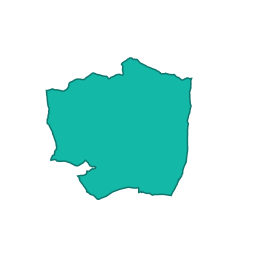 outline of Sirineasa, Vâlcea, Romania, rotated 142°
{"feature_id": "2599482B90279875081363", "entity_name": "Sirineasa", "entity_type": "district", "adm_level": 2, "iso_a3": "ROU", "parent_name": "Romania", "parent_adm1": "Vâlcea", "projection": "mercator", "projection_center": [24.167, 44.933], "detail": "fine", "context": "isolated", "style": "filled", "palette": "teal", "viewbox_px": 256, "rotation_deg": 142, "n_neighbors": 0, "source": "geoboundaries", "source_scale": "gbopen_adm2", "svg_char_len": 5786}
<svg xmlns="http://www.w3.org/2000/svg" viewBox="0 0 256 256"><g transform="rotate(142 128 128)"><path d="M121.7,192.8L122.4,193.1L127.2,193.1L129.4,193.4L130.6,193.4L131.5,193.2L132.2,193.1L132.8,193.2L133.3,193.7L133.6,193.8L134.3,194.5L135.0,195.0L135.8,196.1L136.8,196.8L137.4,197.5L137.7,197.7L138.8,198.2L139.7,198.4L140.5,198.7L141.4,198.8L143.1,198.9L144.4,199.3L144.9,199.5L145.2,199.6L145.8,199.6L146.3,199.5L147.4,199.1L149.1,197.4L150.4,196.7L151.5,196.4L152.0,196.3L153.6,196.2L154.0,196.2L154.6,196.5L155.7,196.6L157.3,197.8L158.2,199.2L159.5,200.6L160.1,201.5L160.9,202.0L161.5,202.5L162.9,204.1L163.3,205.2L163.4,205.3L164.2,205.5L164.9,205.8L166.1,206.1L166.4,206.3L166.9,206.5L168.0,206.9L168.7,207.3L169.2,207.8L170.2,206.2L171.5,204.3L172.8,201.9L175.1,198.6L175.5,197.8L176.1,196.8L177.3,194.7L177.8,193.4L178.4,191.4L178.8,191.0L179.7,190.6L180.8,189.2L181.2,188.3L181.4,188.0L181.7,187.8L182.1,187.9L182.5,187.7L182.7,187.4L183.6,186.6L184.0,186.0L184.7,185.5L184.9,185.0L186.2,184.6L186.4,184.5L186.6,184.2L187.3,183.2L188.3,182.1L188.6,181.6L188.8,181.0L188.8,180.8L188.7,180.6L188.3,179.8L188.3,178.8L188.4,178.5L188.7,178.0L188.9,177.3L188.9,176.2L189.2,175.5L189.3,175.2L189.3,174.4L189.6,173.5L189.6,172.8L189.7,172.3L189.7,171.9L190.2,171.1L190.2,170.5L190.8,170.0L191.0,169.6L191.1,169.1L191.1,168.5L191.2,168.3L193.9,160.6L194.2,160.0L194.4,159.7L194.8,159.0L195.1,158.8L195.0,158.4L195.0,158.2L195.4,157.9L195.9,157.1L196.1,156.7L196.9,155.9L197.5,155.5L197.7,155.1L197.9,155.1L198.1,155.2L198.4,155.1L199.4,155.0L200.0,154.7L200.3,154.5L200.7,153.9L201.4,153.5L201.8,152.8L202.1,152.7L202.3,152.3L202.7,152.1L203.0,152.1L203.4,152.5L204.4,152.7L207.6,151.1L208.2,150.6L208.6,150.0L205.3,148.4L204.4,147.3L204.4,145.9L203.2,144.5L201.6,143.2L199.0,141.5L197.5,140.1L196.5,138.3L195.2,136.6L194.2,134.4L192.7,131.0L191.2,129.3L189.3,128.8L184.7,128.2L181.4,128.8L180.8,125.3L181.2,122.0L180.6,120.4L180.0,119.5L179.4,119.0L178.5,118.5L178.0,118.4L177.9,117.8L177.7,116.9L178.2,116.9L178.8,116.4L179.0,116.4L180.3,116.9L180.9,117.3L181.0,117.4L181.0,117.7L181.4,117.8L181.8,117.9L182.7,117.9L182.9,118.0L184.8,117.8L185.2,117.8L186.0,118.3L186.8,119.3L187.2,119.1L187.3,119.0L186.9,118.8L186.9,118.6L187.1,118.5L188.3,117.9L188.5,117.9L189.3,117.4L191.6,117.8L192.9,118.5L194.4,119.6L197.2,121.1L197.2,120.5L197.1,120.1L197.0,119.5L197.1,118.0L197.3,117.8L197.7,117.9L197.9,117.4L198.1,116.8L198.4,115.4L198.5,110.4L198.6,109.1L198.6,107.4L198.8,105.4L198.7,104.8L199.2,103.9L199.7,103.5L199.7,103.3L199.7,103.1L199.3,102.7L199.6,102.6L199.0,101.4L198.8,100.5L198.5,99.9L198.5,99.6L198.7,99.1L198.1,98.5L197.6,97.5L197.2,97.1L196.9,96.9L196.7,96.7L196.3,94.9L196.4,94.1L196.2,93.7L196.1,91.9L195.9,90.9L195.7,90.4L195.1,90.0L194.2,89.6L192.6,89.3L187.0,87.6L180.1,87.2L178.8,86.9L172.1,84.8L164.9,81.5L163.6,80.7L162.4,79.2L160.4,77.2L158.6,75.7L157.4,75.1L156.6,74.4L156.7,74.0L158.3,71.8L158.9,71.1L159.1,70.9L159.2,70.4L156.7,69.8L156.9,68.8L155.5,68.3L155.1,67.3L153.9,65.4L151.5,63.3L150.9,62.9L150.7,62.0L150.7,61.4L150.4,61.1L150.3,60.6L150.2,60.3L150.1,60.1L149.4,59.7L148.7,59.7L146.2,57.8L141.9,54.7L140.1,53.1L135.5,48.2L133.0,49.7L130.1,50.7L127.4,51.9L126.6,52.4L123.9,53.5L122.5,54.5L121.9,54.6L121.5,55.1L120.5,55.4L120.3,55.6L120.3,56.0L120.2,56.1L119.7,55.8L119.4,55.8L119.2,55.9L119.3,56.2L118.6,56.1L118.3,56.2L117.7,56.3L116.8,56.9L116.5,56.9L116.1,56.8L115.5,57.1L114.6,58.0L114.1,58.2L113.5,58.3L113.0,58.6L111.0,60.8L107.5,63.2L105.4,64.2L104.2,64.9L103.5,65.1L103.4,65.3L103.1,65.5L103.0,65.8L102.7,65.9L102.3,66.2L99.7,69.0L98.4,70.2L97.6,71.1L95.6,72.9L94.3,74.3L93.4,75.7L93.2,75.7L91.2,78.6L87.3,83.6L84.4,87.0L83.1,88.9L80.1,92.2L77.9,94.2L77.7,94.6L77.6,95.0L77.5,96.1L77.2,96.7L76.5,97.3L76.1,97.8L75.5,98.2L74.8,98.7L73.8,99.5L73.0,100.2L72.1,100.9L71.6,101.3L70.5,101.7L70.2,101.9L68.1,104.0L67.8,104.3L66.7,105.0L65.8,105.9L64.9,106.4L64.7,106.7L64.5,107.0L64.4,107.5L64.3,107.9L63.9,108.8L61.9,112.0L61.5,112.7L60.2,114.2L60.2,114.7L60.0,115.1L59.5,115.3L58.6,116.3L58.2,117.5L57.9,117.9L56.8,118.8L56.2,119.1L55.8,119.5L54.2,120.6L53.6,121.2L53.4,121.6L53.0,122.0L52.6,122.5L52.5,122.8L52.1,123.1L51.9,123.4L51.6,123.6L51.0,124.4L50.8,124.8L50.5,125.0L50.2,125.5L50.0,125.9L49.8,126.3L49.2,126.8L48.9,126.9L47.4,127.9L49.1,129.0L49.5,129.5L49.8,130.3L50.4,130.6L50.7,131.1L50.8,131.2L51.8,131.2L52.6,131.6L53.5,131.7L55.3,132.1L55.8,132.5L56.3,133.0L56.4,133.3L56.6,134.7L56.9,135.8L57.0,136.6L58.0,137.8L58.4,138.6L58.4,139.7L58.5,140.8L58.6,141.3L58.9,141.9L59.2,142.1L60.2,142.6L60.7,142.9L61.3,143.8L61.7,144.0L62.4,144.6L62.7,145.0L63.5,146.3L64.7,147.8L64.8,148.0L65.3,148.1L65.7,148.3L68.0,149.8L68.5,150.3L68.7,150.6L68.8,151.1L68.5,151.5L68.8,152.1L69.2,153.9L69.5,154.4L70.1,155.3L70.1,155.9L70.2,156.2L71.2,158.1L72.2,159.5L73.4,161.9L75.0,164.1L75.3,165.1L75.8,166.6L76.7,168.2L77.1,169.3L77.9,170.8L78.3,171.7L78.6,173.6L78.5,174.8L78.6,175.5L78.6,176.2L78.6,176.3L79.4,177.0L79.9,177.2L80.5,178.2L81.0,178.5L81.6,178.7L81.8,179.2L81.7,180.1L81.8,180.3L82.3,180.8L82.6,181.5L83.1,181.7L83.5,182.1L83.9,182.1L84.6,182.0L85.1,182.1L86.0,182.5L86.6,182.3L87.7,182.2L90.1,182.6L91.0,182.6L92.0,182.7L93.2,182.6L93.8,182.2L94.0,182.0L93.9,181.1L93.9,180.6L94.1,180.0L94.4,179.3L95.3,178.4L96.2,177.7L96.4,177.2L96.9,176.6L97.1,176.0L97.7,175.0L98.0,174.1L98.3,173.8L99.1,173.2L99.5,173.0L99.8,173.0L100.4,173.5L100.7,173.9L101.1,174.8L101.4,175.2L101.8,175.6L103.4,176.6L105.6,177.4L107.2,177.3L110.0,178.3L110.7,178.4L111.8,178.2L112.1,178.3L112.4,178.5L112.9,179.1L113.0,179.5L113.0,179.9L112.9,180.8L112.9,181.4L113.0,181.8L113.3,182.1L114.9,183.4L116.2,185.1L117.6,187.2L118.3,188.0L118.8,188.6L119.4,189.1L120.0,190.2L120.9,192.0L121.7,192.8Z" fill="#14b8a6" stroke="#0f766e" stroke-width="1.5"/></g></svg>